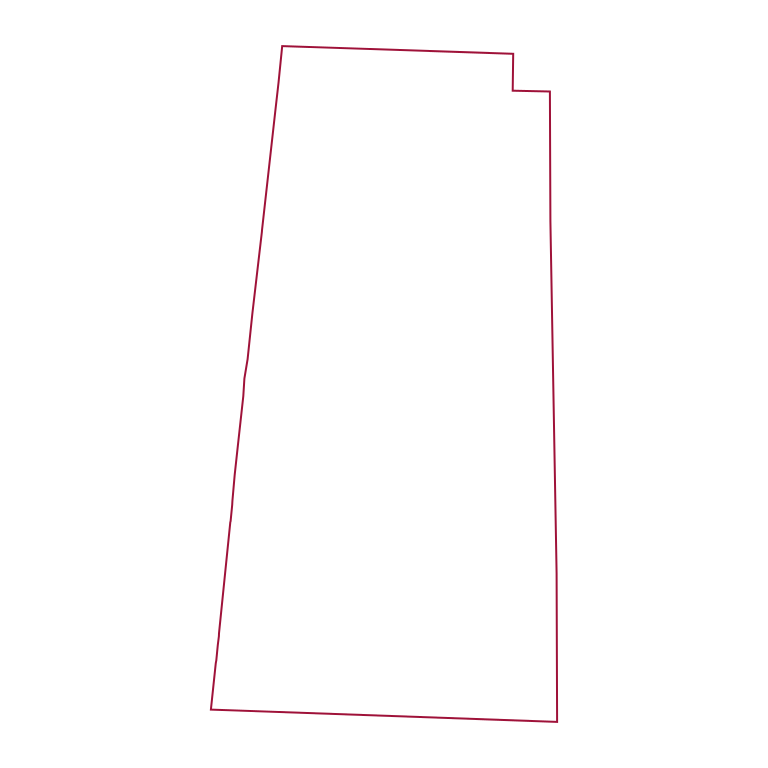 Lamar, Alabama, United States of America (orthographic projection)
{"feature_id": "52423323B13336232488859", "entity_name": "Lamar", "entity_type": "district", "adm_level": 2, "iso_a3": "USA", "parent_name": "United States of America", "parent_adm1": "Alabama", "projection": "orthographic", "projection_center": [-88.184, 33.791], "detail": "fine", "context": "isolated", "style": "outline", "palette": "rose", "viewbox_px": 768, "rotation_deg": 0, "n_neighbors": 0, "source": "geoboundaries", "source_scale": "gbopen_adm2", "svg_char_len": 506}
<svg xmlns="http://www.w3.org/2000/svg" viewBox="0 0 768 768"><path d="M550.4,221.0L549.9,91.5L512.7,90.7L513.2,53.8L282.2,46.1L278.5,82.9L275.8,106.7L262.0,230.2L261.9,231.7L261.9,231.8L259.0,256.6L252.4,313.3L247.6,359.2L244.4,378.5L243.3,396.2L238.2,442.6L234.7,474.8L232.4,501.1L232.2,504.9L230.6,521.2L230.3,522.2L224.3,581.2L219.0,633.4L218.9,636.2L217.8,645.0L216.8,655.3L216.3,660.4L215.8,663.0L210.9,709.6L557.1,721.9L556.6,573.6L550.4,221.0Z" fill="none" stroke="#9f1239" stroke-width="2"/></svg>